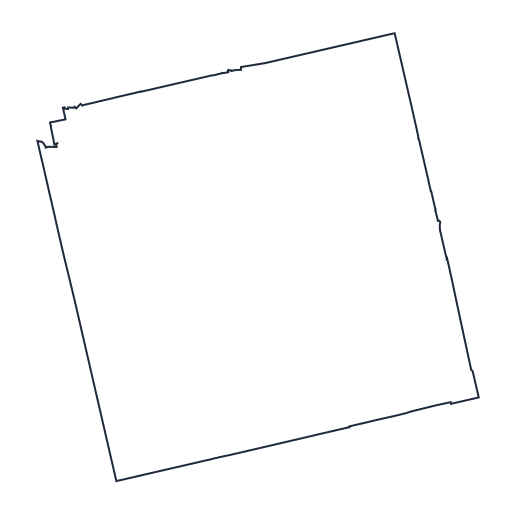 Capital, Córdoba, Argentina (Mercator projection), rotated 347°
{"feature_id": "61730980B11086319733728", "entity_name": "Capital", "entity_type": "district", "adm_level": 2, "iso_a3": "ARG", "parent_name": "Argentina", "parent_adm1": "Córdoba", "projection": "mercator", "projection_center": [-64.197, -31.416], "detail": "fine", "context": "isolated", "style": "outline", "palette": "slate", "viewbox_px": 512, "rotation_deg": 347, "n_neighbors": 0, "source": "geoboundaries", "source_scale": "gbopen_adm2", "svg_char_len": 4506}
<svg xmlns="http://www.w3.org/2000/svg" viewBox="0 0 512 512"><g transform="rotate(347 256 256)"><path d="M68.9,164.0L68.9,164.5L68.9,164.8L68.9,166.3L68.9,168.0L68.9,171.9L68.8,175.9L68.8,180.0L68.8,184.1L68.8,212.5L69.1,235.2L69.3,257.8L69.3,291.2L69.3,323.2L69.3,346.3L69.3,362.5L69.3,387.4L69.3,416.7L69.3,443.9L98.7,443.9L103.2,443.9L103.4,443.9L122.2,443.9L162.0,443.9L166.6,444.0L168.3,443.8L170.1,443.8L171.7,443.9L173.9,443.8L175.7,443.8L177.3,443.9L179.3,443.9L181.9,443.9L182.3,443.9L182.5,443.9L182.7,444.0L182.8,444.0L190.2,444.0L207.8,444.0L217.7,444.0L243.0,443.9L257.9,443.9L277.3,443.8L299.3,443.8L308.6,443.8L308.6,443.0L324.8,443.0L337.4,442.9L356.6,443.0L366.5,442.9L372.5,442.3L374.2,442.4L375.5,442.3L377.1,442.3L378.7,442.3L384.6,442.2L390.7,442.1L397.1,442.0L412.8,442.2L412.8,443.9L425.1,443.9L441.2,443.9L441.2,431.2L441.2,417.3L441.2,416.8L440.0,415.4L440.1,413.3L441.0,351.3L441.2,340.2L441.5,325.5L441.7,301.3L441.1,301.7L441.2,300.9L441.1,297.4L441.1,272.0L442.1,266.9L443.2,264.4L443.1,264.2L443.0,263.9L442.9,263.7L442.7,263.4L442.6,263.2L442.4,263.1L442.3,262.9L442.2,262.9L441.9,262.8L441.9,262.7L441.7,262.7L441.4,262.7L441.2,262.7L441.2,260.4L441.0,253.6L440.9,252.1L441.1,252.0L441.2,251.9L441.3,251.9L441.3,251.2L441.3,250.9L441.4,250.3L441.3,249.8L441.3,248.7L441.3,248.2L441.3,247.8L441.3,246.8L441.2,245.3L441.3,243.6L441.2,242.1L441.3,239.8L441.3,238.7L441.3,236.6L441.3,235.2L441.3,233.8L441.2,232.1L440.9,232.0L440.9,229.0L440.9,226.2L440.9,223.4L441.0,221.8L441.0,219.9L441.0,218.2L441.0,216.4L441.0,214.7L441.0,212.9L441.0,210.2L441.0,208.5L441.0,205.8L441.0,205.6L441.0,203.8L441.0,202.0L441.0,200.5L441.0,199.1L441.0,198.4L441.0,196.7L441.0,195.0L441.0,193.6L441.0,192.3L441.0,190.7L441.0,189.4L441.0,188.0L441.0,186.6L441.0,185.3L441.0,183.9L441.0,182.6L441.0,181.6L440.9,179.1L440.9,178.6L440.7,178.3L440.5,178.1L440.7,177.6L440.9,176.3L441.0,175.6L441.0,175.0L441.0,172.3L441.0,169.8L441.1,169.7L441.2,145.0L441.2,118.8L441.2,97.8L441.2,70.1L425.1,70.1L411.6,70.1L408.9,70.1L400.7,70.1L392.7,70.1L385.7,70.1L376.5,70.1L372.4,70.1L370.5,70.1L366.8,70.1L360.4,70.1L353.6,70.1L348.2,70.1L337.0,70.1L325.4,70.1L309.4,70.1L308.7,70.1L283.9,68.5L283.3,71.2L282.3,71.0L281.3,70.8L280.6,70.7L278.6,70.4L277.2,70.1L276.8,70.2L276.7,70.2L276.1,70.1L275.2,70.2L274.8,70.2L274.7,70.2L274.4,70.3L274.2,70.4L273.9,70.4L273.7,70.3L273.7,70.2L273.8,69.8L273.8,69.7L273.7,69.6L272.8,69.4L271.9,69.3L271.8,69.1L271.5,69.1L271.2,68.8L271.0,68.5L270.4,68.8L270.4,69.2L270.2,69.6L270.1,70.2L270.1,70.7L268.7,70.6L267.1,70.5L266.8,70.6L265.6,70.4L264.3,70.3L263.9,69.9L263.5,70.3L262.0,70.3L261.4,70.3L259.1,70.3L258.0,70.3L257.1,70.4L256.4,70.4L255.8,70.4L255.0,70.4L253.7,70.1L250.6,70.1L247.5,70.1L244.4,70.1L241.3,70.1L236.6,70.1L233.5,70.1L230.4,70.1L227.3,70.1L224.2,70.1L221.1,70.1L218.0,70.1L213.3,70.1L210.2,70.1L207.1,70.1L202.5,70.1L201.0,70.1L200.5,70.1L198.7,70.1L194.0,70.1L190.8,70.1L186.1,70.1L182.9,70.1L181.3,70.1L181.3,69.8L179.6,69.8L178.0,69.8L176.4,69.9L174.7,69.9L173.0,69.9L171.4,69.9L160.7,69.9L155.3,69.9L151.9,70.0L141.8,70.0L133.6,70.1L121.1,70.1L120.7,70.4L119.4,68.3L116.8,69.9L115.5,70.8L114.0,71.7L112.8,69.8L112.7,69.9L111.8,70.6L110.3,70.1L106.4,69.0L106.1,70.1L106.0,70.4L105.0,70.1L102.9,69.5L102.8,68.1L101.2,68.0L101.2,71.6L101.2,72.6L101.2,73.0L101.2,74.1L101.2,74.8L101.2,75.7L101.2,77.3L101.2,78.5L101.2,78.9L101.1,80.0L97.5,79.9L94.0,79.8L92.7,79.8L91.7,79.8L88.9,79.7L87.1,79.6L85.3,79.6L85.2,81.3L85.2,81.8L85.3,82.1L85.4,82.4L85.5,82.9L85.6,83.1L85.5,83.4L85.4,83.6L85.2,83.9L85.2,84.2L85.1,84.8L85.1,86.7L85.0,88.4L85.0,90.2L84.9,92.0L84.9,93.8L84.8,95.5L84.8,97.3L84.7,100.1L84.7,100.7L84.7,102.1L86.4,101.7L87.8,101.4L87.8,101.6L87.1,101.8L86.4,102.0L86.3,102.8L86.3,104.9L85.9,104.8L84.4,104.5L83.4,104.2L82.7,104.0L78.0,102.8L77.8,102.9L77.7,102.9L76.7,102.9L76.5,103.0L76.2,103.1L75.5,103.1L75.5,102.8L75.6,102.1L75.5,101.6L75.4,101.2L74.8,100.1L74.6,99.6L74.5,99.1L74.4,98.5L74.0,98.1L73.7,97.5L73.5,97.1L73.1,96.7L72.6,96.2L72.3,96.1L72.1,96.0L71.7,96.0L71.3,96.0L71.1,95.9L70.9,95.7L70.1,95.2L69.5,95.0L68.9,94.7L68.9,95.6L68.9,100.5L68.9,102.3L68.9,103.8L68.9,106.7L68.9,107.7L68.9,109.9L68.9,113.7L68.9,113.9L68.9,115.3L69.0,118.5L68.9,120.0L69.0,122.6L68.9,126.8L68.9,128.9L68.9,130.9L68.9,133.7L68.9,135.5L68.9,137.0L68.9,140.8L68.9,142.3L68.9,143.3L68.9,145.0L68.9,146.0L68.9,146.6L68.8,146.8L68.9,149.4L68.9,152.5L68.9,156.9L68.9,160.1L68.9,161.4L68.9,164.0Z" fill="none" stroke="#1e293b" stroke-width="2"/></g></svg>